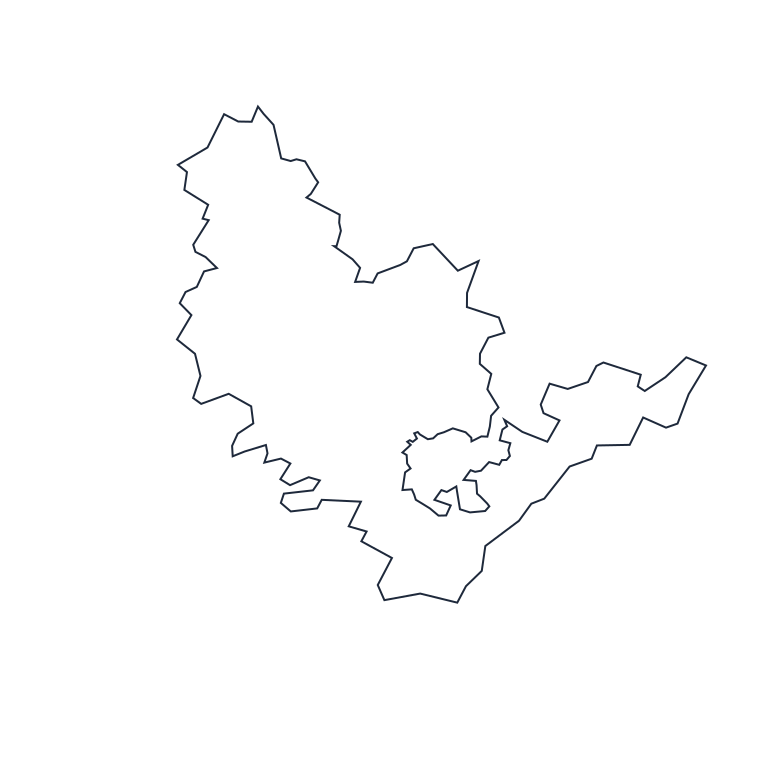 the district of Samarkand, Samarkand, Uzbekistan, rotated 116°
{"feature_id": "79887680B77379666017529", "entity_name": "Samarkand", "entity_type": "district", "adm_level": 2, "iso_a3": "UZB", "parent_name": "Uzbekistan", "parent_adm1": "Samarkand", "projection": "albers", "projection_center": [66.932, 39.559], "detail": "fine", "context": "isolated", "style": "outline", "palette": "slate", "viewbox_px": 768, "rotation_deg": 116, "n_neighbors": 0, "source": "geoboundaries", "source_scale": "gbopen_adm2", "svg_char_len": 2458}
<svg xmlns="http://www.w3.org/2000/svg" viewBox="0 0 768 768"><g transform="rotate(116 384 384)"><path d="M194.0,610.6L189.9,618.9L206.3,617.9L212.0,630.1L211.6,646.0L248.8,646.3L277.4,665.3L279.9,654.0L297.1,648.5L300.0,620.6L314.9,619.5L313.6,613.4L342.5,616.5L347.9,611.4L348.1,600.0L353.0,585.0L361.7,595.1L378.8,594.8L388.3,602.7L400.9,603.0L406.5,587.3L434.7,589.6L439.7,567.1L457.2,552.5L480.3,549.4L482.0,539.6L460.9,519.3L462.3,493.6L476.7,484.2L492.8,493.7L506.2,493.4L515.3,488.3L505.8,479.7L490.6,463.4L497.4,458.3L507.1,457.1L496.2,443.9L496.5,433.3L515.0,435.4L516.1,424.1L500.8,410.8L498.8,399.4L510.7,401.2L526.4,425.9L536.1,424.6L539.4,411.9L525.1,389.5L515.4,389.2L499.9,353.2L527.4,353.3L524.2,335.0L535.3,335.4L536.9,300.6L567.4,301.5L578.1,288.9L556.5,259.6L548.4,222.3L529.8,221.7L509.1,214.2L485.2,221.9L447.7,202.7L427.0,199.1L416.8,189.7L376.8,181.0L360.1,164.6L345.9,165.7L331.0,136.5L300.5,136.4L299.6,111.4L290.9,102.8L259.6,105.7L226.2,102.7L227.5,124.0L254.5,134.0L276.0,146.6L274.9,154.9L263.1,157.3L268.5,196.2L274.7,201.0L292.8,201.5L307.9,216.7L311.1,235.3L333.8,234.1L340.3,227.8L339.8,210.3L364.3,211.9L366.4,238.7L363.4,260.2L368.0,254.8L373.0,257.6L383.9,255.3L381.8,244.5L389.0,243.2L393.5,239.3L398.6,240.6L400.7,244.7L406.1,245.0L408.1,255.3L419.4,258.8L423.0,263.6L423.5,268.4L435.3,270.4L430.8,258.9L434.3,256.5L441.8,252.3L442.8,248.3L446.2,238.8L447.8,235.7L453.8,237.4L461.7,250.4L463.3,260.8L447.9,271.7L444.4,274.1L453.5,280.2L454.2,285.9L466.0,287.9L463.9,270.8L474.9,270.5L478.4,277.3L475.7,288.1L474.8,296.9L474.1,304.7L470.1,308.5L466.5,312.8L471.2,320.9L454.2,326.3L448.3,323.1L445.4,328.3L437.9,332.5L437.5,337.4L427.0,333.3L425.7,337.8L423.2,336.2L423.4,332.8L418.6,330.5L415.1,335.2L412.4,332.6L413.6,329.6L414.4,320.4L411.3,316.0L405.6,313.8L401.1,309.0L393.7,302.7L391.6,289.5L394.0,282.0L397.2,280.2L388.4,273.5L386.0,268.0L375.9,270.2L365.6,273.8L354.9,270.8L343.4,288.8L327.9,292.0L323.9,306.7L314.7,311.0L296.6,310.5L285.1,298.2L273.9,309.9L276.2,326.5L278.5,343.2L265.7,349.3L232.0,352.9L249.8,367.3L236.8,401.5L249.0,416.8L263.7,417.2L269.9,421.6L287.4,438.2L297.9,438.5L300.8,447.1L304.9,454.7L290.1,456.4L285.7,466.9L282.0,489.3L281.0,487.1L275.7,488.0L265.2,489.9L258.7,495.0L251.3,498.0L250.9,512.9L250.4,535.4L245.2,533.1L231.6,531.6L229.4,535.8L218.5,552.6L220.4,561.2L224.5,565.6L226.3,575.3L213.5,585.6L199.5,596.9L194.0,610.6Z" fill="none" stroke="#1e293b" stroke-width="2"/></g></svg>